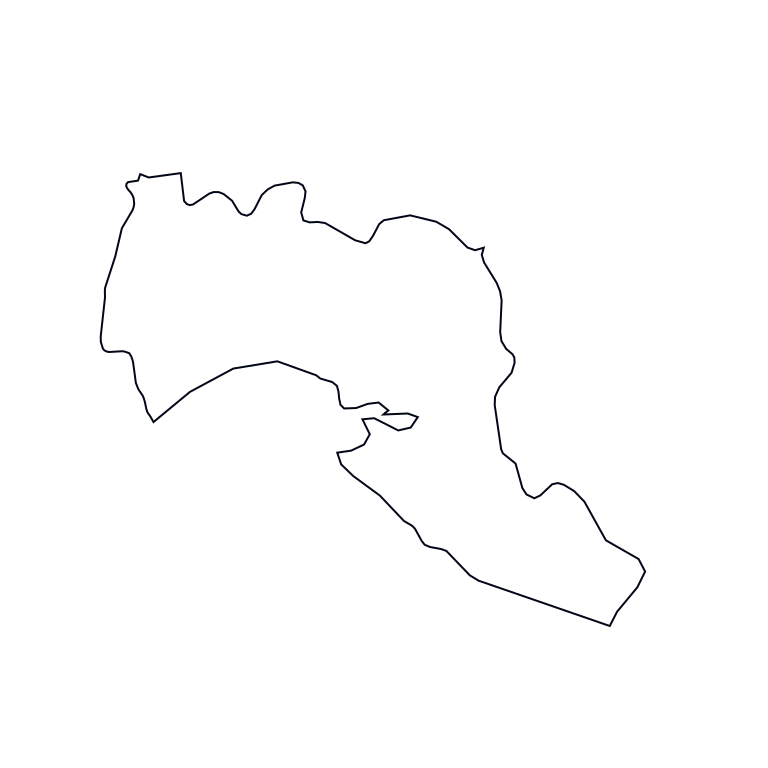 outline of Taranto, rotated 16°
{"feature_id": "ITA-5408", "entity_name": "Taranto", "entity_type": "Province", "adm_level": 1, "iso_a3": "ITA", "parent_name": "Italy", "parent_adm1": "", "projection": "mercator", "projection_center": [17.129, 40.529], "detail": "fine", "context": "isolated", "style": "outline", "palette": "ink", "viewbox_px": 768, "rotation_deg": 16, "n_neighbors": 0, "source": "natural_earth", "source_scale": "10m", "svg_char_len": 1994}
<svg xmlns="http://www.w3.org/2000/svg" viewBox="0 0 768 768"><g transform="rotate(16 384 384)"><path d="M667.7,554.4L529.3,547.0L519.3,544.3L490.0,527.3L484.5,526.9L473.0,528.0L467.4,527.3L463.4,524.4L453.8,514.7L450.3,512.6L441.0,510.2L410.8,492.4L379.9,481.0L365.0,473.1L358.0,462.9L370.8,457.1L381.5,447.7L384.2,436.2L373.0,423.9L383.9,419.6L410.5,424.7L421.7,418.5L425.6,406.5L415.0,405.8L391.8,413.5L392.8,411.9L395.5,408.2L383.9,403.3L373.8,407.6L363.8,414.8L352.4,418.5L347.9,416.0L344.9,410.3L342.3,403.8L339.3,398.8L333.7,396.4L321.3,396.3L316.4,394.3L275.2,391.6L234.9,410.7L199.7,445.0L172.9,484.1L168.2,479.5L164.5,476.5L162.4,473.5L159.2,467.4L157.1,464.0L155.1,461.6L149.5,456.9L148.1,455.2L145.2,451.4L136.6,431.8L133.6,427.3L130.6,424.6L125.5,424.3L123.2,424.7L110.7,429.1L108.3,429.2L105.8,428.7L104.0,427.4L100.2,421.6L98.6,416.5L92.0,378.0L89.8,370.7L89.4,368.1L90.5,335.5L89.1,306.5L94.3,286.5L94.6,283.3L94.2,279.6L92.0,274.2L89.7,271.4L87.3,269.4L85.1,268.1L83.1,266.5L81.6,264.8L81.3,262.7L82.3,260.5L91.5,256.3L91.8,249.5L101.0,250.3L130.5,237.3L141.4,263.2L144.9,265.4L148.0,265.6L151.0,264.0L163.6,249.1L167.4,246.4L172.3,245.1L177.5,245.6L187.4,249.7L196.6,258.2L200.0,260.0L205.8,260.0L209.4,256.9L211.4,251.6L214.4,236.1L218.6,229.0L224.1,223.5L240.7,215.3L246.3,214.3L251.2,215.5L255.5,220.5L256.6,227.3L257.1,241.9L261.5,249.0L268.1,249.1L275.6,246.5L283.0,245.5L316.6,253.8L327.4,253.8L330.5,250.9L332.6,244.6L335.3,231.6L338.7,226.6L362.6,214.7L389.5,213.6L403.9,217.3L426.6,229.8L434.7,230.3L442.3,225.5L442.4,232.9L446.6,239.5L464.4,255.7L469.9,262.7L474.0,271.1L481.4,302.2L485.1,310.4L491.8,316.6L499.2,319.9L501.9,322.5L503.7,327.6L503.5,338.1L495.7,355.5L494.3,365.7L496.2,373.7L514.6,414.4L517.4,417.9L532.4,424.2L545.7,445.9L551.4,450.9L560.0,452.4L565.0,448.0L573.3,434.0L578.4,431.3L584.6,431.3L596.3,434.5L609.1,441.9L640.4,473.1L677.0,482.1L686.7,492.3L683.6,509.5L670.8,538.7L667.7,554.4Z" fill="none" stroke="#020617" stroke-width="2"/></g></svg>